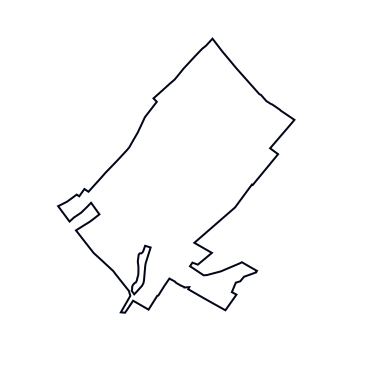 outline of Nasturelu, Teleorman, Romania, rotated 147°
{"feature_id": "2599482B97470036487680", "entity_name": "Nasturelu", "entity_type": "district", "adm_level": 2, "iso_a3": "ROU", "parent_name": "Romania", "parent_adm1": "Teleorman", "projection": "natural_earth1", "projection_center": [25.483, 43.671], "detail": "fine", "context": "isolated", "style": "outline", "palette": "ink", "viewbox_px": 384, "rotation_deg": 147, "n_neighbors": 0, "source": "geoboundaries", "source_scale": "gbopen_adm2", "svg_char_len": 2012}
<svg xmlns="http://www.w3.org/2000/svg" viewBox="0 0 384 384"><g transform="rotate(147 192 192)"><path d="M250.1,115.9L246.1,113.7L248.1,112.5L242.1,100.7L236.7,90.3L228.4,74.6L210.6,81.7L213.1,86.3L204.6,92.1L200.1,90.8L194.6,92.6L182.2,89.7L182.2,90.1L180.5,90.5L184.5,98.2L188.4,105.9L190.4,106.1L191.1,106.2L208.7,109.3L211.0,109.7L224.7,114.2L227.6,115.8L232.6,127.4L234.1,130.8L232.5,131.5L230.1,132.5L228.9,130.9L227.9,129.6L226.7,127.9L208.5,130.1L217.7,148.1L164.3,155.6L137.7,165.6L137.3,164.8L99.2,176.8L102.7,186.1L73.7,194.6L66.8,196.7L73.3,212.0L73.4,212.9L76.1,219.5L77.3,222.2L77.8,222.7L80.1,227.7L81.3,236.0L82.2,237.2L87.4,271.4L89.0,284.9L90.0,292.9L90.8,303.0L91.3,309.4L100.8,307.0L105.3,306.6L115.2,304.3L131.0,300.3L131.5,300.2L138.5,297.9L145.1,295.8L145.7,295.7L152.4,294.8L166.0,292.6L173.3,291.5L172.4,286.8L190.2,280.6L190.9,280.3L196.9,276.5L203.2,272.6L205.5,271.2L214.2,266.8L220.5,263.5L224.7,262.3L238.2,258.9L253.9,255.3L260.6,253.4L278.7,248.6L280.6,253.1L288.9,249.8L290.1,252.6L302.0,251.9L312.0,253.0L310.8,233.9L304.8,234.9L297.5,235.0L296.4,235.0L288.2,236.6L282.5,237.9L282.0,226.9L281.8,223.7L287.2,223.2L294.0,222.7L301.7,222.9L303.6,222.9L310.2,223.0L308.9,207.8L307.7,194.4L304.7,182.9L301.1,168.6L300.8,164.2L300.4,160.0L298.8,143.3L299.7,140.4L300.3,138.5L306.1,135.5L312.8,132.1L317.2,129.8L313.9,127.2L303.3,131.7L302.0,132.3L300.6,132.9L292.5,117.0L277.6,123.9L276.6,123.5L266.3,128.3L258.1,131.7L255.2,126.4L254.8,124.4L252.2,119.4L250.0,116.0L250.1,115.9ZM292.4,146.1L289.9,146.9L288.5,146.7L287.6,147.1L286.0,148.2L284.4,149.9L282.6,151.3L281.2,153.1L280.4,154.3L279.6,155.5L278.2,157.6L276.8,160.1L275.9,162.2L274.8,163.9L272.7,166.3L270.8,168.5L269.3,169.0L267.8,168.1L266.4,168.3L264.9,169.1L260.6,172.4L256.9,168.0L263.2,162.8L269.5,157.6L271.3,155.7L280.5,143.9L281.0,143.4L282.5,141.9L283.8,141.2L285.2,140.5L293.8,138.2L296.2,137.7L296.3,142.0L294.9,143.4L294.0,144.9L293.2,145.5L292.4,146.1Z" fill="none" stroke="#020617" stroke-width="2"/></g></svg>